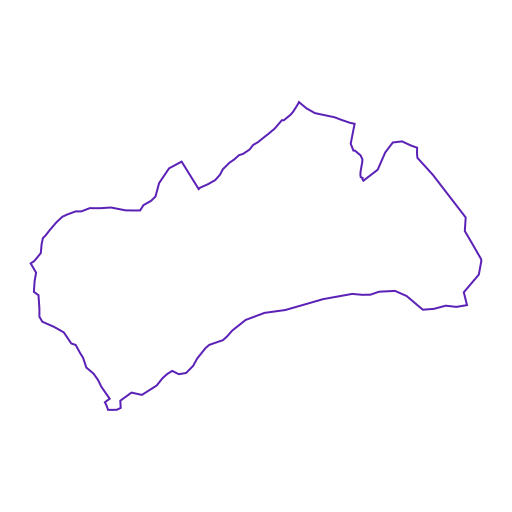 Lamurde, Adamawa, Nigeria (Natural Earth projection)
{"feature_id": "59680162B57364751970918", "entity_name": "Lamurde", "entity_type": "district", "adm_level": 2, "iso_a3": "NGA", "parent_name": "Nigeria", "parent_adm1": "Adamawa", "projection": "natural_earth1", "projection_center": [11.67, 9.557], "detail": "fine", "context": "isolated", "style": "outline", "palette": "violet", "viewbox_px": 512, "rotation_deg": 0, "n_neighbors": 0, "source": "geoboundaries", "source_scale": "gbopen_adm2", "svg_char_len": 1848}
<svg xmlns="http://www.w3.org/2000/svg" viewBox="0 0 512 512"><path d="M108.1,409.9L116.8,409.8L120.7,407.9L120.3,400.7L131.5,392.6L141.9,394.9L156.7,385.5L162.6,378.1L167.5,373.8L172.2,370.9L178.8,374.2L186.1,373.0L193.1,365.9L197.1,358.6L205.5,348.1L209.2,344.9L223.0,340.1L226.9,336.6L232.3,330.5L245.7,319.9L264.4,312.9L285.4,310.0L308.7,303.3L323.2,299.1L352.2,293.9L362.0,294.8L370.3,294.7L379.1,291.7L395.0,290.9L406.6,296.0L422.8,309.7L433.7,308.9L445.7,305.7L456.4,306.9L467.0,305.1L463.8,292.3L478.8,274.6L481.3,261.2L481.2,259.3L473.0,245.0L464.8,231.0L465.7,217.5L432.9,174.9L417.4,157.8L417.0,153.6L417.1,147.7L411.5,145.7L410.3,145.2L402.0,141.4L392.8,142.5L385.2,152.5L377.7,169.7L363.4,180.7L362.4,179.1L362.7,178.0L360.7,177.1L360.4,174.8L360.6,171.2L362.3,161.9L362.4,159.3L360.5,155.3L354.9,150.6L353.4,150.6L350.7,143.7L354.6,123.8L349.9,122.8L340.4,119.5L334.7,117.3L314.9,113.1L306.4,108.3L298.9,102.1L298.1,103.9L293.3,111.5L292.4,112.6L290.5,114.8L283.8,120.3L281.9,120.2L278.1,124.6L274.3,129.0L272.5,130.4L267.7,134.5L266.0,135.7L262.0,138.9L258.1,142.1L253.2,144.9L251.7,146.8L249.5,149.6L242.9,154.0L239.1,155.1L234.3,159.4L229.5,162.7L222.9,169.2L220.0,174.7L215.2,180.1L207.6,184.4L200.0,187.7L198.7,189.1L181.6,161.6L169.1,168.3L159.1,183.1L155.5,196.5L151.1,200.8L143.5,205.1L140.1,210.5L125.9,210.4L110.9,207.5L102.0,208.1L101.2,208.2L93.6,208.2L89.9,208.1L81.3,211.4L75.6,211.4L67.0,214.6L62.3,216.8L56.5,222.2L49.9,229.9L45.7,235.3L42.9,238.1L41.6,244.2L40.8,253.1L34.3,261.0L30.7,263.4L36.1,272.7L34.6,281.1L33.9,291.9L38.5,295.2L39.4,308.6L39.4,316.7L42.3,321.7L54.5,327.1L63.8,332.4L71.3,343.5L75.6,344.9L80.1,353.0L83.1,357.8L83.9,360.2L86.3,367.5L93.6,373.7L98.1,380.1L101.2,386.5L102.4,388.3L105.6,392.9L109.7,398.7L104.9,402.3L106.6,405.7L108.1,409.9Z" fill="none" stroke="#5b21b6" stroke-width="2"/></svg>